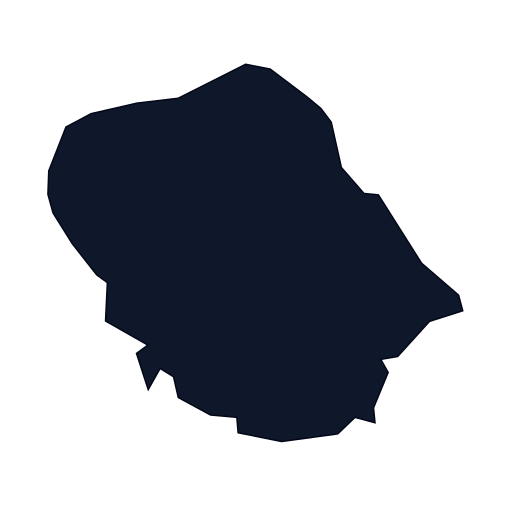 the district of Jackson, Kentucky, United States of America, rotated 349°
{"feature_id": "52423323B42512235988752", "entity_name": "Jackson", "entity_type": "district", "adm_level": 2, "iso_a3": "USA", "parent_name": "United States of America", "parent_adm1": "Kentucky", "projection": "albers", "projection_center": [-84.011, 37.416], "detail": "fine", "context": "isolated", "style": "filled", "palette": "ink", "viewbox_px": 512, "rotation_deg": 349, "n_neighbors": 0, "source": "geoboundaries", "source_scale": "gbopen_adm2", "svg_char_len": 649}
<svg xmlns="http://www.w3.org/2000/svg" viewBox="0 0 512 512"><g transform="rotate(349 256 256)"><path d="M168.4,83.2L121.3,84.8L94.1,93.1L68.8,132.9L63.5,155.7L65.0,175.1L78.0,208.9L96.0,244.1L105.0,253.8L95.9,291.1L132.8,322.8L120.1,328.8L124.7,366.6L140.4,348.1L152.0,358.8L152.7,380.1L181.0,403.4L206.4,410.7L204.7,426.1L245.7,443.0L302.3,446.2L322.4,433.3L341.0,442.4L342.4,427.5L363.5,395.5L358.8,381.3L375.9,381.7L413.8,353.3L448.5,349.2L447.4,333.1L417.2,294.7L387.8,219.3L373.9,215.2L356.7,185.4L355.4,139.0L347.9,123.6L336.9,110.1L305.6,75.2L282.4,65.8L209.7,86.3L168.4,83.2Z" fill="#0f172a" stroke="#020617" stroke-width="1.5"/></g></svg>